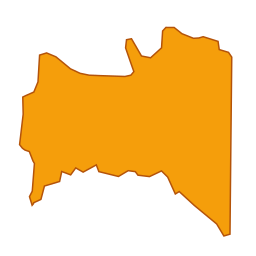 East Baton Rouge, Louisiana, United States of America (Natural Earth projection), rotated 93°
{"feature_id": "52423323B9154242656865", "entity_name": "East Baton Rouge", "entity_type": "district", "adm_level": 2, "iso_a3": "USA", "parent_name": "United States of America", "parent_adm1": "Louisiana", "projection": "natural_earth1", "projection_center": [-91.099, 30.518], "detail": "fine", "context": "isolated", "style": "filled", "palette": "amber", "viewbox_px": 256, "rotation_deg": 93, "n_neighbors": 0, "source": "geoboundaries", "source_scale": "gbopen_adm2", "svg_char_len": 944}
<svg xmlns="http://www.w3.org/2000/svg" viewBox="0 0 256 256"><g transform="rotate(93 128 128)"><path d="M32.9,57.7L34.4,62.0L35.0,67.3L31.0,79.1L25.2,87.2L25.6,95.4L29.3,98.5L46.2,98.7L56.7,109.1L55.4,118.3L38.7,129.2L39.9,134.1L48.1,134.6L59.7,129.9L71.4,125.1L75.1,127.9L76.7,133.7L77.2,159.8L77.2,162.5L77.3,169.5L75.9,178.7L71.9,188.6L60.7,203.7L57.3,213.2L59.8,220.1L86.7,220.3L97.0,223.9L100.8,231.4L102.6,234.7L119.7,233.4L150.3,235.4L153.7,232.4L155.4,229.8L156.7,225.3L166.0,221.1L168.3,219.6L196.1,220.3L201.7,222.8L210.2,219.7L208.5,218.4L207.6,218.3L203.8,211.2L190.3,208.4L185.0,193.5L174.9,191.9L177.8,182.8L170.6,178.1L174.4,170.5L166.5,157.7L173.1,154.8L176.9,135.0L170.6,125.6L171.2,118.4L174.6,115.6L175.4,104.0L169.1,92.3L174.9,85.8L191.4,77.3L188.8,73.5L201.8,57.8L219.2,34.4L230.8,26.6L228.7,20.6L139.5,24.4L51.8,28.1L47.2,31.6L44.9,41.0L36.8,42.6L32.9,57.7Z" fill="#f59e0b" stroke="#b45309" stroke-width="1.5"/></g></svg>